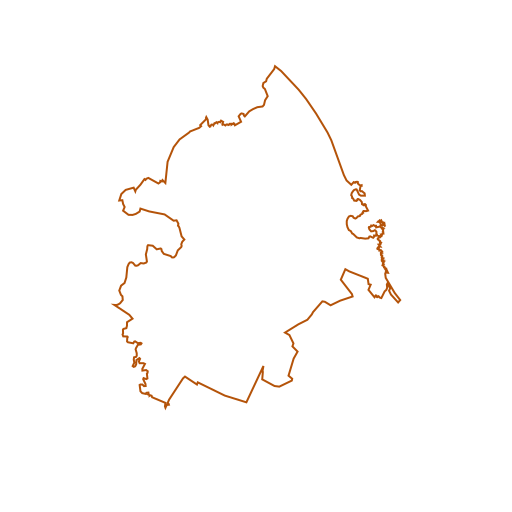 Acapulco de Juárez, Guerrero, Mexico, rotated 208°
{"feature_id": "50627088B85761395013038", "entity_name": "Acapulco de Juárez", "entity_type": "district", "adm_level": 2, "iso_a3": "MEX", "parent_name": "Mexico", "parent_adm1": "Guerrero", "projection": "robinson", "projection_center": [-99.858, 16.959], "detail": "fine", "context": "isolated", "style": "outline", "palette": "amber", "viewbox_px": 512, "rotation_deg": 208, "n_neighbors": 0, "source": "geoboundaries", "source_scale": "gbopen_adm2", "svg_char_len": 6137}
<svg xmlns="http://www.w3.org/2000/svg" viewBox="0 0 512 512"><g transform="rotate(208 256 256)"><path d="M218.0,118.1L195.8,122.3L197.8,162.4L196.0,156.8L195.5,156.8L192.6,150.0L178.6,149.9L174.1,151.6L165.9,162.8L166.4,164.6L171.1,165.6L174.6,183.1L174.4,191.1L181.4,193.3L181.9,196.4L189.4,201.9L194.4,202.0L186.5,215.6L180.7,223.8L179.3,230.6L179.3,233.3L176.1,247.1L173.7,247.9L167.0,247.5L160.7,256.1L151.7,265.6L153.4,267.4L170.0,274.9L170.9,286.3L166.4,286.2L146.6,288.4L143.4,284.0L141.3,284.5L140.8,278.9L132.0,275.2L131.8,277.1L130.6,276.7L130.6,277.4L129.4,276.9L128.9,278.0L127.2,277.4L125.6,277.7L125.8,285.2L125.0,287.3L125.3,289.6L127.1,292.3L127.1,293.4L122.4,290.6L122.2,287.8L118.7,285.3L108.7,281.7L108.0,284.8L116.2,288.5L131.2,297.6L133.6,301.0L133.5,302.4L133.0,302.6L133.5,302.7L133.2,303.2L133.6,303.4L133.2,303.7L133.7,304.0L132.7,304.0L134.8,305.6L135.6,305.4L135.5,306.0L136.3,305.9L137.1,306.5L137.3,306.1L137.6,306.0L138.7,307.2L139.9,307.1L140.1,308.4L139.6,308.8L140.5,309.3L140.3,310.1L141.1,310.4L140.8,311.0L142.0,310.5L142.4,310.7L142.1,311.3L142.7,311.0L143.4,312.1L143.5,313.0L142.6,313.2L142.5,313.7L143.3,313.5L143.6,313.9L143.6,313.3L144.3,313.6L144.8,315.6L145.8,315.4L146.3,316.7L146.7,316.5L147.2,317.4L146.9,317.7L147.3,317.7L146.8,317.9L147.2,318.1L146.8,319.2L148.6,319.8L149.6,318.7L150.4,319.7L152.0,319.2L152.4,319.6L152.4,320.3L151.8,320.5L152.0,321.3L151.4,321.4L151.1,322.3L151.9,322.1L151.8,322.7L151.2,322.8L153.1,323.7L151.7,324.7L152.5,325.7L151.8,325.9L151.8,326.4L152.7,326.2L152.8,326.8L153.5,326.9L153.6,327.5L156.3,327.9L156.7,328.5L156.4,329.6L155.5,330.5L157.1,331.2L154.5,332.4L154.5,332.9L155.7,333.7L154.8,334.3L154.9,335.1L154.0,335.6L155.0,337.1L155.5,337.1L156.0,339.0L157.2,339.2L156.5,340.3L157.2,340.3L157.3,339.9L160.5,340.1L163.3,337.7L163.7,338.3L163.9,337.9L163.8,338.5L164.4,339.0L164.8,338.7L164.6,338.3L166.7,338.5L167.5,337.1L168.6,337.0L168.5,335.6L169.8,334.7L169.7,334.0L168.3,332.7L165.9,331.8L164.1,333.1L163.2,334.6L162.5,334.6L160.9,333.8L160.1,331.9L159.3,331.8L159.0,330.7L161.3,329.5L160.7,328.8L161.1,327.1L165.0,326.9L164.3,326.8L165.0,326.4L165.0,324.4L167.7,322.6L172.2,321.0L173.0,320.2L175.7,319.7L180.5,321.1L181.6,321.0L184.0,322.5L186.2,322.5L188.8,324.4L190.8,326.7L192.3,329.5L192.7,332.0L192.5,334.5L191.3,335.9L189.3,336.5L187.8,335.6L185.9,335.7L185.2,336.6L184.6,338.8L183.1,340.0L183.2,341.4L182.0,343.1L182.3,344.1L181.7,344.5L182.3,345.4L182.2,346.2L179.8,347.3L178.4,348.7L182.3,351.4L183.0,352.7L184.2,353.0L184.7,352.6L184.0,352.1L184.5,351.4L186.7,351.5L187.9,353.3L190.4,354.3L192.5,354.3L193.0,354.0L192.8,352.9L193.4,352.4L193.2,351.8L195.3,351.0L197.3,352.4L198.3,352.3L199.2,353.7L200.5,354.4L201.0,356.5L200.8,358.6L200.4,360.3L199.0,361.9L198.4,362.0L193.8,358.6L191.8,358.5L188.2,360.4L189.5,362.3L193.0,363.0L193.8,362.3L195.2,362.6L196.5,366.7L196.5,367.2L195.7,367.6L196.0,368.1L196.8,367.3L198.7,367.4L200.3,367.9L200.7,369.1L201.6,369.0L202.9,368.0L203.0,367.1L204.4,367.1L205.3,363.6L211.5,365.2L216.4,368.7L243.8,393.5L250.8,398.6L269.9,410.0L285.4,418.1L296.5,422.9L320.6,431.1L328.3,432.5L327.7,429.6L329.7,417.6L329.1,415.0L330.7,412.2L329.9,409.2L328.6,408.1L326.5,407.6L320.7,402.6L321.1,397.8L319.9,393.2L320.4,391.1L324.7,388.0L327.6,384.3L329.9,380.5L331.4,374.0L332.5,374.3L333.7,375.6L335.7,375.1L336.3,374.3L336.9,371.2L332.2,367.5L336.0,361.5L336.9,362.2L337.7,362.0L337.4,362.6L338.0,362.8L339.3,360.4L339.8,361.2L341.2,360.4L341.3,359.4L342.0,358.6L342.6,358.9L343.9,358.2L344.3,356.9L346.7,357.0L347.2,356.2L347.7,356.7L348.0,359.0L350.4,359.1L350.4,357.3L351.5,357.2L352.6,356.0L352.4,355.2L353.8,355.5L354.3,354.0L355.0,353.8L355.0,351.3L355.7,351.7L357.0,351.1L357.3,349.5L357.8,349.2L357.2,348.8L357.5,348.4L359.3,349.1L362.7,353.7L365.1,355.3L365.0,354.3L364.2,353.6L366.7,345.4L365.4,344.9L366.3,342.5L372.7,335.0L373.0,333.7L378.2,323.1L379.8,313.5L378.3,297.7L370.3,277.9L374.2,279.1L374.1,277.6L375.7,277.4L375.3,276.0L376.2,274.2L387.7,274.4L389.1,272.7L389.3,271.3L390.6,271.5L391.5,264.7L393.2,258.1L392.9,256.4L396.1,258.9L402.1,253.2L404.0,247.5L402.8,240.8L400.2,242.5L397.7,239.5L395.0,237.6L394.6,233.6L387.9,232.5L384.3,234.3L381.9,236.7L379.6,240.6L380.3,243.6L371.3,245.2L356.2,249.8L345.3,248.5L342.9,250.2L339.7,248.1L339.1,246.1L338.3,246.0L336.8,244.9L330.9,238.4L327.0,236.9L327.8,234.0L327.5,231.3L326.4,230.0L326.2,228.8L327.7,224.2L327.0,218.9L327.7,216.5L328.6,215.7L329.7,215.3L331.2,215.9L338.4,214.6L341.5,216.1L342.8,217.7L343.7,217.9L346.8,215.3L352.0,216.6L356.4,214.9L356.5,213.7L355.3,211.0L354.0,205.7L349.7,199.9L349.8,198.7L351.6,196.7L354.5,195.6L355.8,192.4L356.9,191.3L358.1,190.8L361.3,192.1L363.0,192.0L364.4,190.9L364.7,189.1L364.4,185.8L360.4,176.1L359.4,170.4L361.2,166.5L360.5,161.3L357.0,158.3L355.0,157.7L353.0,154.6L353.8,150.5L354.8,148.7L356.3,147.1L358.1,146.3L340.3,144.6L335.6,142.7L338.8,137.0L337.2,133.9L336.6,131.4L338.8,129.4L338.9,128.5L337.0,125.2L337.0,124.1L335.5,122.7L331.8,124.5L331.2,124.2L331.1,122.9L329.7,120.0L328.6,119.7L323.4,121.3L323.3,123.3L322.7,123.9L319.4,123.6L317.1,125.2L316.1,125.1L316.2,123.9L318.6,122.1L318.7,118.2L318.5,117.1L315.7,114.2L314.5,112.0L314.5,110.7L316.1,109.3L315.3,107.1L313.4,104.8L313.2,100.9L311.9,100.7L310.9,101.9L310.9,104.0L312.7,108.0L311.0,111.1L310.1,110.8L309.9,107.9L308.4,106.7L305.1,108.5L303.4,108.6L303.4,103.0L302.5,101.5L299.5,103.7L297.5,103.4L296.9,101.9L297.1,100.9L294.4,96.9L295.1,95.8L297.9,95.4L297.8,94.3L293.5,91.1L292.4,89.4L293.8,88.5L295.9,89.2L297.7,88.3L298.2,87.5L294.5,82.3L292.1,81.5L288.8,82.4L288.5,83.8L286.9,84.9L285.7,83.4L286.0,83.1L284.5,83.2L284.3,82.7L283.9,83.4L282.6,83.6L281.4,82.5L267.0,83.8L265.8,80.5L264.7,79.5L264.9,82.6L263.1,83.8L263.8,84.5L265.0,84.6L265.3,88.4L263.0,113.7L262.1,116.2L247.8,114.8L248.1,117.1L218.0,118.1ZM160.5,342.0L158.8,342.2L158.5,343.6L155.5,342.8L157.1,343.3L157.2,344.1L157.6,344.7L158.4,344.6L158.5,345.3L159.3,344.8L159.5,345.4L160.7,345.1L162.2,346.3L162.6,345.5L163.5,345.5L163.4,344.8L164.2,344.2L164.4,343.4L162.8,344.1L160.5,342.5L160.5,342.0Z" fill="none" stroke="#b45309" stroke-width="2"/></g></svg>